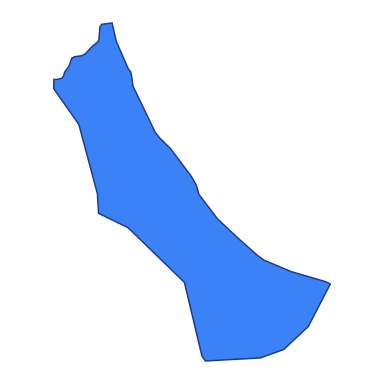 Al Batnah North, Natural Earth projection
{"feature_id": "OMN-2424", "entity_name": "Al Batnah North", "entity_type": "Region", "adm_level": 1, "iso_a3": "OMN", "parent_name": "Oman", "parent_adm1": "", "projection": "natural_earth1", "projection_center": [56.548, 24.234], "detail": "fine", "context": "isolated", "style": "filled", "palette": "blue", "viewbox_px": 384, "rotation_deg": 0, "n_neighbors": 0, "source": "natural_earth", "source_scale": "10m", "svg_char_len": 706}
<svg xmlns="http://www.w3.org/2000/svg" viewBox="0 0 384 384"><path d="M54.2,79.5L58.2,79.3L61.9,78.2L63.6,75.9L64.7,72.0L68.8,66.6L71.9,58.1L74.8,56.7L81.8,55.7L85.3,53.9L91.5,47.2L92.6,46.0L97.9,41.9L98.9,39.7L99.0,38.1L99.4,34.0L100.0,26.6L101.0,25.4L101.8,24.3L112.1,23.0L116.3,41.4L128.4,69.1L130.5,71.5L131.7,76.7L133.0,86.2L155.3,132.5L159.9,138.2L170.6,148.7L191.4,176.5L195.5,183.7L197.2,187.9L198.9,194.4L217.6,219.0L240.1,240.0L257.9,255.8L264.1,260.2L291.1,271.6L325.9,281.8L330.3,284.0L308.3,326.5L283.7,349.5L260.3,357.9L205.4,361.0L202.0,356.2L184.4,282.4L128.1,227.7L98.6,213.4L97.4,193.7L78.8,124.3L53.7,88.7L53.9,79.4L54.2,79.5Z" fill="#3b82f6" stroke="#1e3a8a" stroke-width="1.5"/></svg>